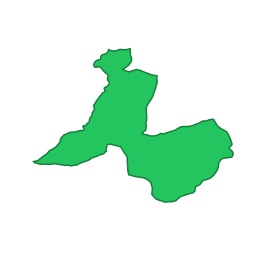 Chongshing, Pemagatsel, Bhutan (Equal Earth projection), rotated 79°
{"feature_id": "84629894B45511376632903", "entity_name": "Chongshing", "entity_type": "district", "adm_level": 2, "iso_a3": "BTN", "parent_name": "Bhutan", "parent_adm1": "Pemagatsel", "projection": "equal_earth", "projection_center": [91.349, 26.998], "detail": "fine", "context": "isolated", "style": "filled", "palette": "green", "viewbox_px": 256, "rotation_deg": 79, "n_neighbors": 0, "source": "geoboundaries", "source_scale": "gbopen_adm2", "svg_char_len": 5101}
<svg xmlns="http://www.w3.org/2000/svg" viewBox="0 0 256 256"><g transform="rotate(79 128 128)"><path d="M47.3,132.1L48.4,132.6L49.1,133.0L49.8,133.3L50.1,134.0L50.5,134.8L50.8,135.6L51.0,136.4L51.1,137.3L51.2,138.2L51.3,139.0L51.5,139.8L51.9,140.5L52.6,140.9L53.3,141.2L54.0,141.5L54.7,141.6L55.3,142.0L55.5,142.8L55.5,143.7L55.5,144.6L55.6,145.4L55.9,146.2L56.3,147.0L56.7,147.7L57.3,148.2L57.8,148.8L58.5,149.1L59.2,149.4L59.9,149.6L60.6,149.6L61.3,149.4L61.9,148.9L62.3,148.2L62.3,147.3L62.3,146.4L62.3,145.5L62.3,144.7L62.7,143.9L63.3,143.4L63.9,143.0L64.5,142.6L65.2,142.2L65.9,141.9L66.5,141.5L67.2,141.2L67.9,140.8L68.5,140.3L69.1,139.9L69.7,139.4L70.3,138.9L70.8,138.3L71.4,137.8L72.6,137.5L73.6,137.8L75.1,138.6L75.8,138.7L76.5,138.8L77.2,138.7L77.9,138.5L78.6,138.1L79.3,137.8L80.0,137.7L80.8,137.8L81.4,138.2L81.8,138.9L82.4,139.5L82.9,140.0L83.3,140.7L83.6,141.5L83.7,142.4L83.9,143.3L84.4,143.8L85.1,143.8L85.8,143.7L86.5,143.5L87.3,143.6L87.9,143.9L88.3,144.7L88.5,145.5L88.8,146.4L89.4,147.1L90.4,148.1L91.6,149.7L92.3,150.4L92.8,150.9L93.4,151.4L93.9,152.0L94.4,152.7L94.9,153.3L95.4,153.9L96.0,154.4L96.7,154.8L97.3,155.3L97.9,155.8L98.3,156.5L98.8,157.0L99.3,157.3L100.0,157.4L100.8,157.3L101.5,157.2L102.2,157.3L102.9,157.4L103.6,157.7L104.2,158.2L104.8,158.7L106.1,160.0L106.8,160.4L107.5,160.6L108.2,160.8L108.9,161.0L109.4,161.5L110.0,162.3L110.4,162.9L111.0,163.4L111.7,163.7L112.3,164.2L112.9,164.5L113.7,164.5L114.4,164.7L114.9,165.3L115.2,165.9L115.5,166.6L115.8,167.4L116.4,167.8L117.0,168.2L117.6,168.8L117.6,169.7L117.3,170.5L117.3,171.3L117.8,171.9L118.5,171.9L119.2,171.6L119.9,171.4L120.6,171.4L121.2,171.8L121.8,172.4L122.1,173.1L121.5,174.2L121.3,175.3L121.4,176.2L121.5,177.1L121.5,177.8L121.7,179.0L121.8,181.0L121.6,182.7L121.3,184.3L121.3,185.4L121.3,186.2L121.8,188.4L122.1,189.6L122.4,190.8L122.5,191.7L122.8,192.4L123.7,193.9L125.6,196.1L127.4,197.0L128.7,197.4L129.5,198.1L130.3,199.1L131.6,200.9L132.7,202.1L133.1,202.7L133.6,204.2L134.1,205.5L134.8,207.2L134.9,208.7L135.5,209.8L136.5,210.8L137.0,211.5L137.7,212.5L138.7,214.3L139.4,216.2L140.8,218.9L141.6,220.5L142.3,221.6L142.9,223.5L142.9,227.1L144.4,226.0L145.6,223.6L146.1,222.5L146.6,221.4L147.0,220.7L147.2,218.2L147.4,217.3L147.9,215.2L148.7,212.2L148.9,209.5L149.0,207.7L149.3,205.9L149.9,204.6L150.4,203.4L151.4,199.9L152.7,197.1L152.8,196.0L152.8,194.6L153.5,193.0L153.9,192.1L154.3,191.5L154.3,190.1L154.4,187.8L154.5,186.0L154.4,184.8L153.9,183.2L153.5,182.1L153.1,179.8L152.9,177.8L152.6,176.7L152.3,174.4L152.0,172.4L151.5,171.2L150.6,169.7L150.4,168.8L150.1,166.5L150.0,165.7L149.8,163.6L149.1,162.0L149.0,160.8L148.8,157.7L148.3,156.3L147.3,155.0L146.6,153.6L146.0,153.6L145.1,153.7L142.8,152.8L141.9,152.4L141.3,152.0L140.2,151.1L140.4,149.1L140.8,147.6L142.1,145.0L143.4,142.1L144.1,140.6L144.8,139.0L146.1,138.4L148.6,137.5L151.4,136.4L154.3,135.1L156.2,134.3L158.6,134.7L162.2,135.3L166.0,135.7L168.9,136.2L170.8,136.3L172.7,136.2L174.2,136.1L174.8,134.3L176.5,131.4L177.5,129.0L177.6,128.3L178.6,126.1L179.4,123.1L181.5,119.7L185.2,116.3L188.0,115.8L192.2,115.6L193.5,116.0L195.4,116.6L197.7,117.2L199.7,116.2L202.9,114.2L205.0,111.1L205.6,109.6L206.8,107.8L207.8,105.8L208.1,103.0L208.2,101.8L208.7,99.0L208.7,96.6L208.5,94.9L206.1,90.9L205.1,88.9L205.0,86.2L204.4,82.7L204.1,79.1L204.1,77.0L203.5,75.6L202.7,74.5L201.6,73.9L199.3,73.3L198.2,72.2L198.0,70.5L197.2,68.1L196.2,66.9L194.4,65.3L193.7,63.2L193.5,59.9L193.0,57.1L191.8,54.7L190.5,52.8L188.2,50.2L186.7,48.7L184.2,47.1L182.2,46.4L179.9,45.8L179.0,45.0L176.8,43.0L176.0,40.5L176.0,39.1L176.3,34.1L176.4,32.3L176.0,31.0L175.4,30.9L174.1,29.9L173.4,29.8L172.3,29.6L169.9,30.6L168.6,31.8L167.6,32.4L166.7,32.3L166.0,31.6L165.1,30.2L164.4,29.3L163.0,28.9L162.4,29.1L160.7,29.3L159.0,29.5L158.2,29.6L156.8,29.9L155.1,30.4L153.2,30.8L150.6,31.8L148.1,34.7L146.4,36.9L145.5,37.6L143.0,39.8L139.6,41.0L138.3,41.4L137.3,42.1L136.6,42.2L136.0,42.2L135.5,43.4L135.5,44.5L135.5,46.3L135.5,47.4L136.1,49.3L135.6,52.0L135.5,54.1L136.2,55.3L136.5,56.5L136.8,57.9L137.1,59.5L137.4,61.2L137.6,61.9L137.7,62.8L138.1,65.4L138.1,67.4L137.9,68.9L137.8,69.7L137.3,72.7L137.0,74.1L137.0,76.3L137.8,78.6L138.4,80.2L138.9,81.6L139.1,82.3L139.9,89.2L140.6,94.4L139.8,95.9L139.6,96.7L139.9,98.0L140.7,100.1L140.8,102.0L140.8,103.2L140.6,104.9L140.4,106.1L140.3,106.9L138.5,110.4L137.6,112.8L136.4,115.3L134.9,113.9L133.6,111.2L132.4,110.7L129.8,109.7L126.9,109.6L123.6,108.2L120.2,107.5L116.4,107.0L112.5,106.4L111.6,106.1L110.9,105.9L109.1,104.5L107.0,102.6L104.8,100.3L102.0,97.9L98.8,96.1L95.3,94.0L91.7,92.1L88.1,90.5L85.7,90.4L84.9,90.2L84.2,90.1L83.5,89.8L82.4,89.5L81.5,91.5L80.6,94.0L79.5,96.2L78.0,98.4L76.5,101.0L73.9,104.7L73.0,106.7L72.2,108.7L72.3,109.8L72.5,110.9L72.7,112.2L72.8,113.4L72.9,114.9L73.0,116.9L70.7,120.4L69.5,122.2L69.2,121.4L68.4,119.5L67.0,116.4L66.7,115.7L65.7,114.6L64.8,113.6L64.0,112.7L63.2,112.0L61.9,111.5L59.8,111.2L57.2,111.7L50.6,110.7L50.7,112.7L50.7,115.4L50.4,117.3L49.6,119.5L49.3,122.1L49.7,123.4L50.0,125.2L49.5,128.0L48.5,130.5L47.3,132.1Z" fill="#22c55e" stroke="#15803d" stroke-width="1.5"/></g></svg>